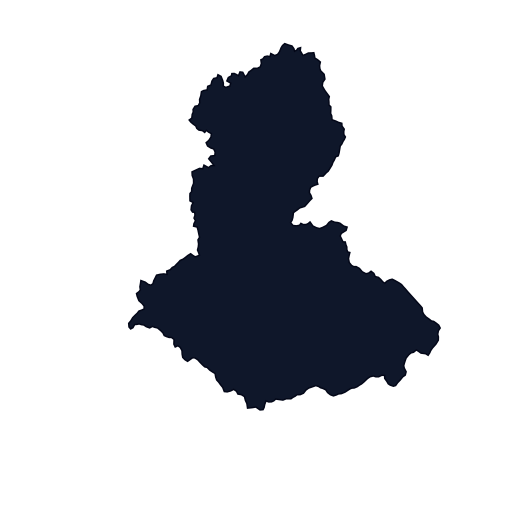 Ibiúna, São Paulo, Brazil (Robinson projection), rotated 153°
{"feature_id": "56859067B99377523473058", "entity_name": "Ibiúna", "entity_type": "district", "adm_level": 2, "iso_a3": "BRA", "parent_name": "Brazil", "parent_adm1": "São Paulo", "projection": "robinson", "projection_center": [-47.22, -23.81], "detail": "fine", "context": "isolated", "style": "filled", "palette": "ink", "viewbox_px": 512, "rotation_deg": 153, "n_neighbors": 0, "source": "geoboundaries", "source_scale": "gbopen_adm2", "svg_char_len": 5449}
<svg xmlns="http://www.w3.org/2000/svg" viewBox="0 0 512 512"><g transform="rotate(153 256 256)"><path d="M177.1,82.1L174.8,84.7L174.8,88.8L174.2,91.2L172.5,93.1L170.5,95.1L168.6,96.9L164.6,98.7L161.9,99.3L159.3,98.7L155.8,99.5L154.4,97.2L153.1,94.6L149.2,91.9L147.7,89.4L145.1,90.9L143.3,92.4L140.6,93.9L135.7,95.8L131.8,98.2L130.2,101.1L129.6,103.8L127.4,106.6L124.6,108.2L124.6,111.4L125.9,114.3L127.4,117.1L129.2,118.5L130.3,121.0L132.1,124.4L133.0,127.8L133.0,130.5L131.5,134.3L132.0,136.6L133.0,140.2L135.9,151.1L137.0,155.2L137.9,159.0L138.6,161.4L139.3,164.5L140.5,166.7L142.2,169.3L143.6,171.4L145.2,173.5L147.9,174.1L151.1,174.1L153.6,173.2L154.7,175.2L155.5,178.4L156.6,181.4L159.1,183.5L158.9,187.0L160.4,190.2L163.4,189.6L166.1,190.3L168.5,193.7L169.5,198.0L171.6,201.1L173.7,202.1L175.1,204.1L175.9,207.8L174.8,211.6L172.7,214.3L170.8,216.5L172.5,218.0L172.1,220.6L171.0,222.8L170.8,225.2L170.1,228.0L172.1,229.1L171.9,235.6L169.8,237.4L166.7,237.7L164.1,237.9L161.7,240.4L164.3,242.9L166.3,247.1L168.0,248.7L170.6,250.4L172.9,253.1L175.7,252.8L179.3,251.2L183.9,251.2L186.9,251.6L189.3,253.7L191.7,256.9L192.4,261.8L194.8,261.2L197.0,261.3L199.6,262.5L201.2,264.7L203.2,263.6L206.3,264.5L209.2,266.4L210.0,270.1L207.6,271.5L205.6,273.7L203.0,277.6L200.9,278.0L198.5,278.3L195.3,279.0L190.1,278.1L187.0,279.3L182.8,281.0L180.0,281.9L179.5,285.1L179.7,288.1L178.4,290.3L176.1,292.4L173.9,292.5L171.4,292.4L168.3,291.9L167.8,294.5L166.2,297.1L163.5,298.5L159.9,296.7L155.5,298.3L153.2,298.8L150.0,300.7L147.1,302.5L145.0,304.5L142.8,305.9L140.0,308.2L137.3,307.9L135.3,310.0L132.7,313.5L131.0,315.8L128.9,316.7L126.3,318.7L124.5,319.7L122.3,321.5L122.6,324.3L121.4,326.9L119.8,329.0L120.4,332.7L119.3,335.3L121.9,337.7L123.5,339.8L126.4,342.9L124.9,346.5L124.8,349.1L123.3,351.7L121.6,354.9L122.4,357.5L121.2,359.9L120.1,362.6L118.3,364.8L119.0,369.0L119.5,372.1L119.8,377.4L117.7,380.4L114.3,382.3L112.8,387.0L114.3,391.6L114.0,394.1L112.9,396.8L110.6,399.6L112.0,402.9L113.7,405.7L112.9,408.0L112.2,410.9L114.3,411.7L117.2,413.1L120.1,413.1L123.1,413.4L123.4,418.8L121.7,421.4L124.5,421.9L126.4,420.9L128.7,420.9L128.1,423.5L128.6,426.8L131.3,429.3L134.0,432.2L136.8,431.5L139.1,430.1L140.9,428.5L142.8,427.0L145.3,425.8L148.3,426.1L150.9,429.7L153.0,427.3L155.2,429.0L157.9,429.7L160.4,428.5L162.6,428.6L163.8,425.1L166.3,422.6L169.6,422.6L172.8,424.3L176.3,423.5L178.8,423.2L181.2,421.5L184.4,420.5L184.4,425.7L186.7,427.3L189.8,424.6L191.0,426.5L192.5,428.5L194.7,429.5L196.1,427.7L199.6,427.6L202.5,425.2L200.0,421.5L202.1,419.3L206.4,419.9L208.0,422.3L206.6,424.9L206.0,427.6L205.6,431.9L207.6,434.8L209.8,432.5L213.1,433.4L215.8,431.9L218.5,428.8L222.0,429.1L224.1,426.2L227.6,427.2L230.0,427.2L232.4,423.8L235.2,421.1L236.6,418.0L239.2,416.2L242.3,417.1L245.5,415.2L246.6,412.7L248.5,411.2L250.6,408.0L253.8,407.5L253.3,405.0L252.2,402.3L250.6,399.2L250.8,396.6L249.7,394.1L246.8,392.0L245.6,389.4L243.2,390.5L242.0,387.9L240.2,385.3L242.1,382.4L245.6,380.4L249.0,379.6L249.2,376.0L247.2,372.7L245.1,370.6L245.2,367.2L247.1,364.2L250.9,365.6L254.0,364.1L253.0,359.6L252.3,355.6L255.0,356.9L258.2,356.3L261.1,360.6L263.8,357.9L266.5,359.7L271.7,359.9L274.8,360.0L276.3,356.7L276.7,353.0L278.6,349.1L282.5,345.6L284.2,342.5L286.4,341.7L287.6,339.6L289.8,335.1L287.7,332.2L290.7,330.0L292.9,326.6L292.6,323.9L290.8,322.8L291.8,320.1L294.0,317.9L293.9,314.9L296.6,313.0L298.1,310.9L295.3,308.5L295.9,305.4L296.9,301.8L297.8,298.3L300.4,296.7L301.7,292.8L303.3,290.3L305.4,287.9L305.6,285.2L305.9,282.5L308.2,282.5L310.6,282.9L312.0,285.2L313.2,287.7L316.6,287.4L319.4,286.8L322.3,286.3L325.5,286.5L328.1,285.5L330.6,284.7L333.3,283.7L335.8,283.8L338.7,282.7L342.4,283.1L343.6,280.0L346.3,281.9L349.7,283.2L353.3,284.1L355.8,282.2L358.3,280.4L360.4,278.1L362.9,277.7L365.0,279.7L366.5,282.9L369.7,286.4L371.3,284.1L373.4,281.3L374.5,278.2L376.6,277.3L379.5,276.8L380.2,273.9L380.6,269.3L379.1,265.5L378.4,262.2L379.7,259.6L382.4,259.7L385.3,260.1L387.8,258.9L390.6,258.1L393.9,257.0L396.9,255.1L400.0,253.8L401.4,250.4L400.8,247.9L398.2,248.0L395.3,250.0L393.3,249.2L390.9,248.5L389.3,246.9L387.3,245.5L385.9,242.9L383.4,240.2L380.3,240.3L378.8,238.6L376.4,236.6L374.7,232.6L373.8,229.7L373.9,226.8L372.2,224.7L370.3,222.8L368.3,221.8L366.9,218.9L369.2,214.7L369.3,211.6L366.3,211.5L365.0,208.9L364.9,205.3L366.4,202.0L367.3,198.9L366.4,195.9L364.8,193.2L361.5,193.7L358.6,194.1L356.7,192.9L355.0,190.0L354.2,187.0L353.1,183.4L352.0,180.5L350.1,178.9L349.0,175.3L347.3,172.3L345.8,169.9L346.9,166.3L347.3,163.4L346.5,160.5L346.1,157.7L345.3,154.0L345.8,149.6L343.3,148.0L339.8,147.3L336.4,147.3L334.8,144.3L334.8,141.2L332.0,139.1L330.1,136.0L331.0,132.1L331.1,128.7L332.6,124.3L328.2,122.6L324.7,121.5L322.3,117.0L319.5,115.9L317.6,117.3L315.6,119.8L312.8,122.4L311.1,120.3L308.4,119.0L305.9,118.9L303.4,119.6L300.4,117.5L297.4,115.4L293.9,115.1L291.5,113.8L289.6,112.9L287.2,113.3L284.8,113.3L282.5,113.8L279.6,112.4L276.0,112.2L272.3,113.9L269.1,114.4L265.5,113.9L261.6,113.4L259.5,111.4L258.3,109.3L256.6,107.7L254.6,105.1L254.2,101.8L252.7,98.6L250.5,96.2L247.3,95.7L245.2,95.7L242.4,94.6L238.5,94.3L232.8,94.9L230.7,94.8L228.3,93.8L225.0,93.6L222.6,94.0L220.1,94.1L217.0,94.8L212.3,96.2L209.3,96.6L206.0,95.9L204.1,94.0L201.6,92.7L198.0,92.6L195.6,91.2L196.9,88.5L196.3,84.7L196.2,82.1L195.1,80.1L192.7,77.6L190.4,77.2L187.4,78.8L183.9,80.0L180.1,81.7L177.1,82.1Z" fill="#0f172a" stroke="#020617" stroke-width="1.5"/></g></svg>